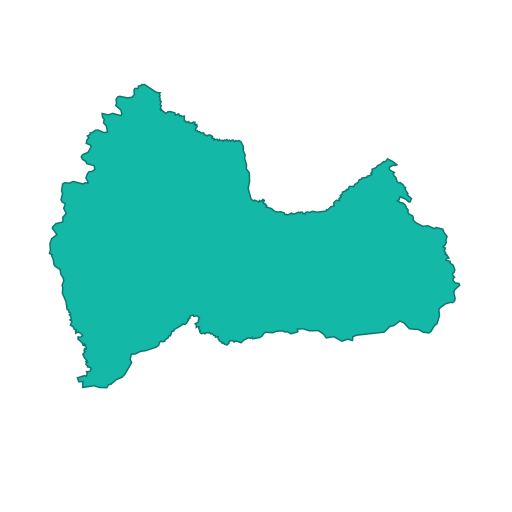 the district of Barcelos, Amazonas, Brazil, rotated 98°
{"feature_id": "56859067B95046472624752", "entity_name": "Barcelos", "entity_type": "district", "adm_level": 2, "iso_a3": "BRA", "parent_name": "Brazil", "parent_adm1": "Amazonas", "projection": "robinson", "projection_center": [-63.596, -0.141], "detail": "fine", "context": "isolated", "style": "filled", "palette": "teal", "viewbox_px": 512, "rotation_deg": 98, "n_neighbors": 0, "source": "geoboundaries", "source_scale": "gbopen_adm2", "svg_char_len": 6119}
<svg xmlns="http://www.w3.org/2000/svg" viewBox="0 0 512 512"><g transform="rotate(98 256 256)"><path d="M147.1,309.6L145.8,310.8L146.9,313.9L145.6,313.8L145.4,316.1L143.8,315.6L142.6,318.0L142.8,320.0L143.7,320.9L143.1,323.8L141.3,325.1L141.9,327.7L140.8,329.1L141.0,331.1L139.9,331.8L140.3,333.0L138.8,333.7L136.1,332.3L134.1,333.0L134.7,333.6L133.9,334.5L134.7,334.6L133.4,335.7L132.1,335.1L132.0,336.5L133.4,338.3L133.3,341.0L132.3,341.3L133.4,343.9L132.2,344.5L132.0,345.8L127.4,346.4L128.1,348.7L127.3,349.9L128.1,350.9L126.0,352.4L127.8,355.5L125.6,356.2L124.9,361.1L125.5,363.4L127.4,365.2L124.9,369.2L125.2,370.3L124.3,371.2L123.8,370.4L122.8,371.2L120.2,370.8L119.5,372.0L116.2,371.4L115.3,372.9L113.4,372.8L111.5,374.1L110.7,373.2L108.8,374.3L107.8,373.6L107.8,377.5L101.7,390.3L102.2,393.0L103.4,393.8L104.1,396.1L106.6,396.1L106.9,399.2L108.5,399.9L113.2,399.0L116.0,400.9L117.3,405.3L116.8,413.1L117.7,415.1L120.4,416.4L124.4,415.3L126.5,415.9L130.1,410.3L133.8,408.6L135.8,409.2L134.7,417.9L136.8,421.6L136.3,428.2L139.7,427.4L141.9,425.3L145.4,425.5L147.9,422.4L153.8,420.3L155.0,423.7L153.3,429.8L153.6,432.2L156.8,435.6L157.0,437.3L159.0,437.4L160.6,439.7L162.0,438.0L164.8,439.6L168.0,439.8L169.3,435.4L170.6,434.4L176.7,436.8L179.8,441.8L182.1,442.9L184.4,441.4L186.1,437.6L188.1,436.5L189.0,428.8L192.6,427.7L195.1,430.1L195.7,433.0L197.8,434.3L202.4,435.3L206.0,432.7L207.3,432.7L207.2,435.0L208.7,437.5L207.6,447.3L209.9,451.3L210.1,455.6L211.5,457.5L218.5,457.6L221.2,456.2L227.4,457.0L229.4,455.6L230.8,452.0L235.5,453.1L240.3,449.8L244.6,452.8L247.9,452.0L249.4,452.5L251.7,458.5L255.3,461.3L256.9,461.5L262.5,456.1L267.3,460.8L272.7,461.8L278.8,460.4L282.3,460.9L282.9,458.1L284.3,458.4L286.7,456.6L292.7,454.8L294.1,453.6L296.7,448.1L301.3,446.7L304.2,444.1L307.1,442.9L312.2,443.9L314.4,442.9L319.8,442.6L327.6,437.8L335.3,435.6L335.5,434.2L337.9,433.2L338.2,432.0L339.3,431.6L340.0,432.6L341.8,430.9L344.2,430.2L345.2,431.4L346.3,429.2L350.4,430.1L351.3,427.5L354.0,425.5L354.2,423.5L356.3,424.2L357.6,423.7L356.1,421.8L357.0,418.7L359.0,416.4L360.9,418.5L360.9,420.9L363.0,420.8L366.1,416.0L368.1,415.0L366.9,413.7L367.4,413.0L368.6,414.0L368.8,412.2L371.6,410.8L372.1,411.2L371.7,412.9L373.9,413.1L374.6,411.8L377.5,413.8L380.9,411.6L383.0,408.8L384.1,409.8L384.8,408.3L385.6,409.3L387.3,409.1L388.4,407.3L389.3,407.4L389.3,404.5L390.5,403.4L390.9,404.1L393.4,404.1L394.1,407.7L395.6,406.8L398.6,407.2L398.4,409.3L401.5,415.9L405.2,413.9L404.4,409.9L410.3,409.4L407.0,398.3L408.0,392.6L407.2,385.4L404.1,384.2L403.2,381.8L397.8,377.1L394.7,371.7L391.6,369.5L378.8,364.3L376.0,366.3L370.6,365.7L369.7,361.6L366.5,357.1L365.2,352.4L360.2,342.2L357.8,339.9L354.9,339.6L353.5,337.8L354.0,336.4L353.0,334.4L351.6,334.4L349.4,331.7L347.2,331.2L346.9,329.6L342.6,329.0L341.6,326.9L340.0,326.6L335.1,320.2L333.6,319.4L333.6,316.8L332.1,315.4L328.5,313.8L328.0,314.5L326.7,312.7L325.5,313.2L323.9,312.0L323.2,310.1L324.4,309.3L323.4,306.1L325.1,303.3L326.5,304.1L329.6,304.0L331.6,306.8L333.2,305.2L335.0,305.2L334.0,303.9L334.1,302.2L335.3,302.7L337.2,301.8L337.4,300.8L338.6,301.3L340.0,300.3L340.5,298.8L339.4,297.4L340.2,295.9L338.6,294.1L338.9,292.5L338.1,291.6L339.5,290.0L338.9,288.3L340.6,286.8L340.7,285.0L342.0,284.7L341.2,282.3L343.0,282.1L345.4,280.0L346.2,277.6L347.1,277.4L346.6,275.8L347.6,275.2L348.2,272.3L345.9,270.6L344.9,271.1L343.5,269.5L343.1,267.3L344.3,265.7L343.3,265.3L343.2,262.3L344.0,258.7L341.1,256.6L338.0,252.1L338.4,249.8L337.2,248.5L338.4,247.8L336.4,241.4L334.4,238.8L331.1,237.2L330.1,235.1L329.6,228.5L327.7,225.5L326.5,219.5L327.2,216.3L326.6,214.6L328.2,210.5L325.2,204.0L322.6,204.9L321.5,199.2L322.6,192.6L321.2,183.8L324.0,178.2L327.3,175.0L325.1,167.9L328.4,159.0L325.7,153.8L326.2,148.7L322.4,148.9L320.5,145.6L313.5,118.4L307.0,113.5L305.7,109.8L300.4,104.5L301.4,100.6L306.7,93.9L306.2,84.6L308.2,79.8L308.1,74.0L306.3,72.2L299.9,69.5L297.9,67.3L289.4,66.0L283.6,67.5L281.3,66.2L277.1,61.8L274.9,57.0L274.8,54.7L272.6,53.0L270.4,52.9L264.1,55.2L261.4,54.3L256.7,50.2L254.9,51.3L255.0,55.0L252.9,57.3L251.1,57.8L249.4,56.4L247.4,58.6L246.1,58.8L244.6,57.5L242.0,57.2L237.7,59.4L236.1,62.7L234.3,63.0L233.8,67.3L231.9,66.7L231.1,64.7L228.3,67.3L228.2,68.8L226.7,68.4L224.8,70.3L221.8,69.5L221.3,71.5L220.1,71.9L219.4,70.6L216.0,69.4L214.1,70.2L210.1,69.5L206.7,73.0L203.4,74.8L202.7,81.6L203.8,82.6L203.9,84.0L202.1,89.8L203.4,94.8L200.8,102.2L198.4,105.7L197.0,105.3L194.7,106.3L193.1,110.3L191.5,111.7L189.1,111.8L187.5,113.8L184.8,115.2L183.0,118.1L183.0,121.1L181.7,122.6L182.1,124.4L180.4,122.1L177.3,121.7L178.9,115.7L181.2,112.3L181.0,110.9L177.5,110.1L174.3,114.9L173.1,114.2L169.5,117.5L167.4,117.4L167.2,118.9L165.4,119.7L163.2,123.4L163.7,125.2L162.5,126.7L159.1,128.2L157.2,130.7L155.3,131.4L154.0,130.7L152.4,135.3L150.5,136.5L149.2,136.0L146.9,132.7L147.2,131.2L146.1,129.1L143.8,132.9L141.5,139.3L144.3,140.7L145.0,143.0L148.0,145.5L149.5,148.1L151.8,149.4L154.0,153.2L156.3,152.6L158.2,153.8L158.8,152.6L160.0,153.5L161.3,156.7L162.7,157.5L164.1,162.0L165.4,162.3L166.1,164.3L168.9,165.2L171.4,168.1L173.6,169.0L174.1,173.2L177.5,174.2L177.5,175.6L178.8,176.0L180.7,179.3L182.7,179.2L184.4,181.0L185.8,180.0L187.5,181.8L189.5,181.0L189.6,184.1L192.5,186.5L195.5,185.6L196.8,188.8L200.2,191.1L200.4,192.6L201.7,192.8L204.1,201.5L203.9,206.4L205.5,209.2L205.2,211.4L206.2,213.1L207.5,213.3L207.5,215.3L206.2,216.0L206.4,218.0L207.2,218.5L206.6,219.8L209.0,223.6L209.3,226.1L208.5,226.8L211.2,230.7L210.5,231.5L210.9,233.1L209.3,234.2L208.7,238.2L209.5,240.1L209.3,243.5L206.9,247.2L206.0,253.0L204.7,252.4L203.2,254.0L203.0,255.7L200.9,256.6L201.3,255.8L199.7,255.5L199.0,257.0L201.4,258.7L200.5,260.3L202.1,260.7L200.9,265.1L201.8,265.9L200.5,268.7L190.1,273.2L183.1,272.7L174.6,274.2L171.0,277.7L166.8,278.1L160.8,281.0L157.6,280.7L153.4,283.4L149.3,283.7L144.9,286.9L144.0,288.9L145.2,291.1L144.5,292.0L145.8,293.5L144.4,294.4L144.5,295.7L145.8,297.0L145.0,298.6L146.0,299.5L144.7,301.0L145.7,301.8L145.6,303.5L146.8,304.3L146.1,305.1L146.6,307.7L145.7,308.5L147.1,309.6Z" fill="#14b8a6" stroke="#0f766e" stroke-width="1.5"/></g></svg>